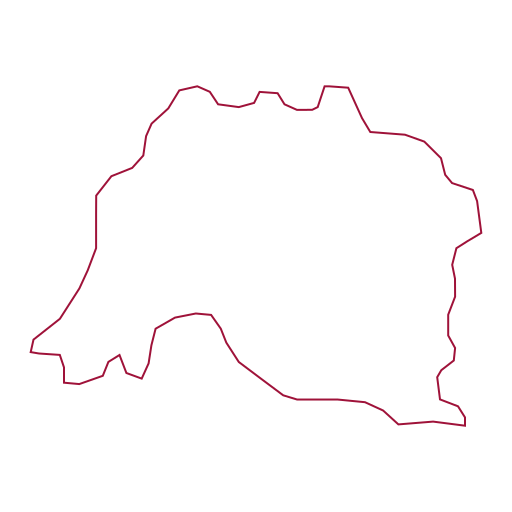 outline of Boeun-gun, North Chungcheong, South Korea
{"feature_id": "91817680B36624004409046", "entity_name": "Boeun-gun", "entity_type": "district", "adm_level": 2, "iso_a3": "KOR", "parent_name": "South Korea", "parent_adm1": "North Chungcheong", "projection": "orthographic", "projection_center": [127.726, 36.48], "detail": "fine", "context": "isolated", "style": "outline", "palette": "rose", "viewbox_px": 512, "rotation_deg": 0, "n_neighbors": 0, "source": "geoboundaries", "source_scale": "gbopen_adm2", "svg_char_len": 1112}
<svg xmlns="http://www.w3.org/2000/svg" viewBox="0 0 512 512"><path d="M324.6,86.3L317.7,107.1L312.2,109.8L297.0,109.9L284.5,104.3L277.6,93.2L259.6,91.9L254.1,102.9L238.8,107.1L218.1,104.3L209.8,91.8L197.3,86.3L179.3,90.4L168.3,108.4L151.6,123.6L146.1,136.1L143.3,155.5L132.2,167.9L111.4,176.2L96.2,195.6L96.1,213.6L96.1,248.2L87.7,270.4L79.4,288.4L59.9,318.8L33.5,339.6L30.7,352.1L39.0,353.5L59.8,354.9L64.0,367.4L64.0,382.7L78.5,384.0L79.2,384.1L102.8,375.8L108.4,361.9L119.5,355.0L126.4,373.0L141.7,378.6L148.6,363.4L151.4,345.3L155.6,328.7L175.0,317.6L195.8,313.5L211.1,314.9L220.8,328.7L226.3,342.6L238.8,362.0L261.0,378.7L283.2,395.3L297.0,399.5L337.3,399.5L365.0,402.2L383.1,410.5L398.4,424.4L433.1,421.6L465.0,425.7L465.0,417.4L458.0,406.3L440.0,399.4L437.2,377.2L441.3,370.2L453.8,360.5L455.1,348.0L448.2,335.5L448.2,314.7L455.1,296.7L455.0,278.7L452.2,264.8L456.4,248.2L467.4,241.2L481.3,232.9L477.1,201.1L472.9,190.0L452.1,183.1L445.2,174.8L441.0,158.2L424.3,141.6L405.0,134.7L387.0,133.3L370.3,132.0L362.0,118.1L348.2,87.7L328.8,86.3L324.6,86.3Z" fill="none" stroke="#9f1239" stroke-width="2"/></svg>